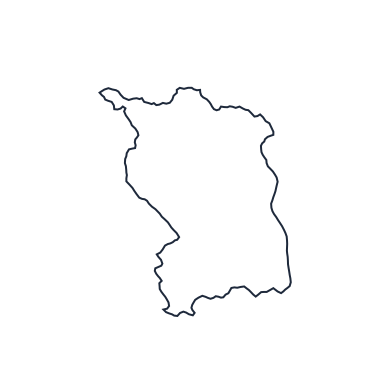 outline of Pimenta, Minas Gerais, Brazil, rotated 315°
{"feature_id": "56859067B10371022506312", "entity_name": "Pimenta", "entity_type": "district", "adm_level": 2, "iso_a3": "BRA", "parent_name": "Brazil", "parent_adm1": "Minas Gerais", "projection": "orthographic", "projection_center": [-45.839, -20.515], "detail": "fine", "context": "isolated", "style": "outline", "palette": "slate", "viewbox_px": 384, "rotation_deg": 315, "n_neighbors": 0, "source": "geoboundaries", "source_scale": "gbopen_adm2", "svg_char_len": 3132}
<svg xmlns="http://www.w3.org/2000/svg" viewBox="0 0 384 384"><g transform="rotate(315 192 192)"><path d="M88.7,258.6L90.0,261.7L91.4,264.4L92.0,266.8L94.0,269.3L98.0,269.1L101.3,270.5L102.6,273.1L103.4,276.3L105.4,279.8L108.4,279.3L108.8,275.8L109.7,273.5L112.3,272.0L114.8,271.3L118.0,270.5L121.9,271.3L125.9,272.7L127.5,275.8L128.4,278.2L129.6,280.6L132.3,282.0L135.1,282.5L136.7,284.8L137.8,287.2L139.7,288.6L143.2,288.3L146.1,289.3L148.4,288.7L152.0,287.7L154.5,289.4L156.3,291.7L159.2,293.5L162.1,295.7L162.5,299.0L162.9,301.4L162.9,304.1L162.8,307.9L163.1,311.0L166.2,311.4L170.1,311.7L172.3,313.6L174.2,315.5L177.8,316.5L181.5,317.5L182.2,322.9L183.5,326.5L186.3,326.9L188.9,326.9L191.5,327.3L194.5,327.6L198.0,325.7L200.5,322.6L202.4,319.8L204.6,316.8L206.6,314.0L208.8,311.0L211.6,308.0L213.8,305.5L215.8,302.8L217.6,300.6L220.0,298.4L222.6,296.0L224.9,293.5L227.5,290.4L229.0,287.2L230.2,284.0L231.5,279.9L232.4,275.7L233.0,272.6L233.8,269.4L234.4,265.6L235.3,262.5L237.0,259.3L239.7,256.2L242.8,254.8L246.0,253.1L248.8,251.8L251.6,250.4L254.4,248.6L256.8,247.1L259.8,245.3L262.1,241.6L262.9,238.6L263.7,234.7L263.8,230.4L263.8,227.5L265.2,224.3L267.2,221.9L267.7,218.6L268.3,215.7L269.3,213.0L271.1,210.7L273.4,208.1L276.0,207.2L278.8,207.4L280.9,206.3L284.4,206.5L287.5,207.9L289.9,209.1L292.1,207.0L293.5,203.2L295.3,198.1L294.2,194.0L295.1,189.4L295.0,185.3L292.0,184.6L289.5,182.8L289.7,178.0L289.7,174.0L288.0,171.7L287.0,168.9L286.0,165.2L282.4,163.4L280.9,160.3L279.3,158.1L277.0,157.1L274.9,154.8L272.9,152.1L269.6,152.9L267.2,151.6L266.1,148.9L266.6,145.7L267.4,143.2L267.9,140.5L268.0,136.9L266.8,133.0L266.8,130.2L268.3,127.3L269.9,125.5L267.4,123.5L265.9,120.6L265.5,118.1L263.0,115.6L259.3,113.4L257.0,109.7L253.5,109.0L251.4,111.2L247.1,110.9L243.3,112.8L239.4,113.2L236.3,111.4L234.4,108.4L230.6,107.1L228.2,105.3L227.9,102.2L225.6,101.3L224.2,98.4L221.9,94.5L222.9,90.2L220.6,89.2L219.2,86.6L216.4,84.4L212.3,82.2L210.2,77.0L210.3,72.8L211.0,68.9L210.2,66.2L208.2,63.2L206.3,59.5L202.5,57.6L199.4,56.9L196.9,56.4L196.7,60.0L197.0,62.5L196.0,65.3L197.1,68.0L198.9,71.5L198.0,75.5L195.6,78.5L197.7,81.0L200.5,82.5L203.5,82.6L204.1,85.8L201.0,87.0L199.4,91.1L198.7,95.6L198.0,99.1L196.6,102.3L196.8,107.0L195.9,111.2L194.2,114.0L191.6,114.5L189.1,114.7L186.7,116.4L185.2,119.1L182.8,120.7L180.5,119.1L177.6,117.3L173.3,118.4L170.8,120.3L168.1,121.4L165.0,124.1L163.5,127.0L161.1,129.9L159.3,131.9L157.9,134.0L155.3,135.9L153.1,138.1L153.0,142.8L152.8,147.0L152.0,150.4L151.3,154.3L150.7,158.7L151.8,161.5L153.4,163.7L154.0,166.4L153.3,169.7L153.3,174.1L154.0,178.3L153.9,184.5L153.2,188.1L153.4,191.9L153.5,196.4L152.9,199.6L152.3,202.4L152.1,205.9L152.1,210.1L151.0,214.8L147.7,215.3L145.7,214.1L142.9,213.9L140.3,213.0L138.1,211.7L135.0,210.8L130.6,211.9L126.7,212.4L123.0,211.2L122.4,213.9L122.1,218.1L120.4,221.7L118.2,222.4L115.1,221.2L112.1,220.0L109.9,221.5L108.9,224.5L108.5,227.5L108.4,230.1L107.7,233.4L104.4,233.4L102.3,235.9L100.6,237.8L99.8,240.8L99.3,244.3L99.0,247.1L98.4,249.6L97.3,253.5L95.2,256.4L91.9,256.9L88.7,254.9L88.7,258.6Z" fill="none" stroke="#1e293b" stroke-width="2"/></g></svg>